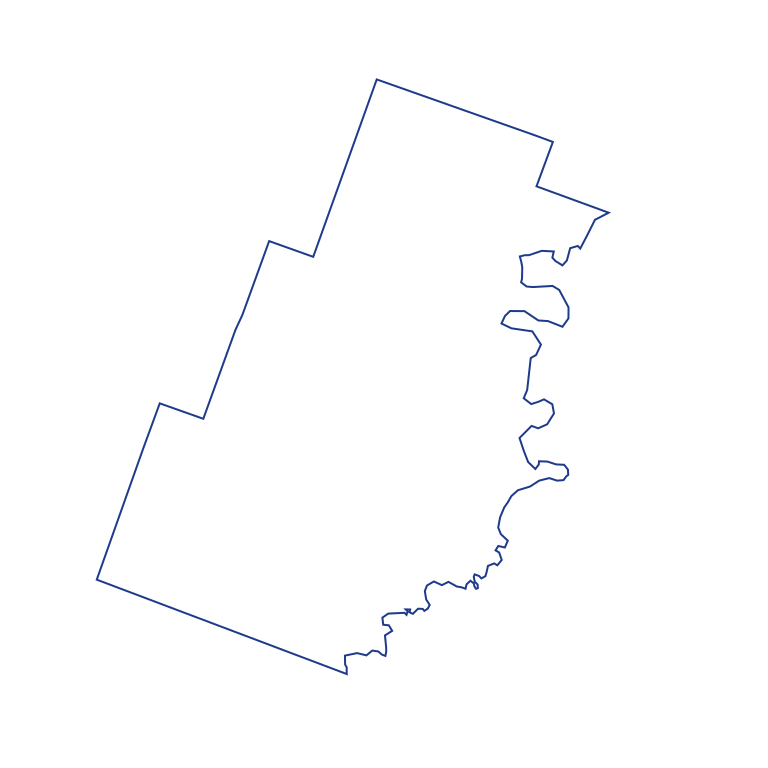 the district of Hale, Alabama, United States of America, rotated 200°
{"feature_id": "52423323B74369514091215", "entity_name": "Hale", "entity_type": "district", "adm_level": 2, "iso_a3": "USA", "parent_name": "United States of America", "parent_adm1": "Alabama", "projection": "albers", "projection_center": [-87.768, 32.744], "detail": "fine", "context": "isolated", "style": "outline", "palette": "blue", "viewbox_px": 768, "rotation_deg": 200, "n_neighbors": 0, "source": "geoboundaries", "source_scale": "gbopen_adm2", "svg_char_len": 1939}
<svg xmlns="http://www.w3.org/2000/svg" viewBox="0 0 768 768"><g transform="rotate(200 384 384)"><path d="M319.8,98.7L320.3,99.8L322.1,104.9L324.6,107.1L327.8,115.4L317.3,121.9L307.7,123.0L303.8,129.5L298.0,130.7L293.3,129.0L289.7,129.0L290.3,133.0L291.7,136.8L297.1,148.1L291.9,154.8L296.9,158.9L302.4,157.5L305.6,163.9L301.5,169.7L286.5,176.0L283.9,174.8L284.0,178.4L286.5,179.6L282.3,181.1L281.9,178.2L278.3,177.9L275.1,184.5L270.7,185.9L268.5,184.6L266.0,188.0L265.5,192.0L270.7,196.0L274.8,203.4L274.7,209.3L269.6,215.5L260.8,214.8L255.8,220.1L246.2,218.6L241.5,219.5L237.4,219.5L237.9,224.0L235.5,228.7L231.4,227.3L229.9,224.8L227.5,223.0L226.0,224.2L227.4,227.5L231.2,229.4L233.7,233.5L233.7,236.1L229.0,236.1L226.0,234.6L223.0,238.1L223.2,242.0L224.1,248.6L219.1,253.1L215.5,252.4L213.2,258.9L218.2,265.1L222.3,265.8L221.2,270.9L214.5,271.7L214.1,279.1L222.9,282.9L227.6,288.2L229.3,298.4L228.8,309.2L227.2,315.0L226.0,322.2L221.8,330.0L211.7,337.6L205.1,346.3L196.5,352.1L188.3,352.4L182.4,355.1L181.1,359.6L179.8,361.6L181.9,366.5L187.1,369.7L194.8,367.3L203.9,367.0L211.9,364.4L211.0,361.2L212.7,355.9L221.9,360.0L229.6,368.8L238.2,379.6L231.0,395.1L224.0,395.1L216.9,401.9L214.2,414.5L218.9,422.5L228.4,424.3L232.8,420.1L238.8,415.5L247.8,418.4L247.4,427.3L255.0,458.6L251.0,463.3L250.0,474.7L262.6,484.2L283.3,479.9L294.3,481.0L293.6,489.3L290.5,495.7L276.9,500.5L260.7,496.5L251.4,499.2L242.4,499.0L235.9,498.8L233.1,508.7L236.8,519.1L251.5,532.3L259.1,533.8L277.3,526.0L283.3,524.4L289.9,526.4L290.3,530.1L294.0,541.0L297.0,546.1L300.0,550.3L295.7,553.2L291.9,554.6L281.3,563.1L269.8,566.6L269.0,560.3L265.0,558.2L256.9,556.5L254.4,562.7L255.5,575.3L249.1,580.0L245.9,578.4L244.0,592.7L241.9,610.5L231.5,621.8L308.3,621.9L308.1,669.2L324.8,669.3L495.0,667.7L494.0,479.3L540.8,479.0L540.7,400.6L542.1,384.0L541.9,289.5L588.1,289.1L588.2,241.7L587.0,101.9L319.8,98.7Z" fill="none" stroke="#1e3a8a" stroke-width="2"/></g></svg>